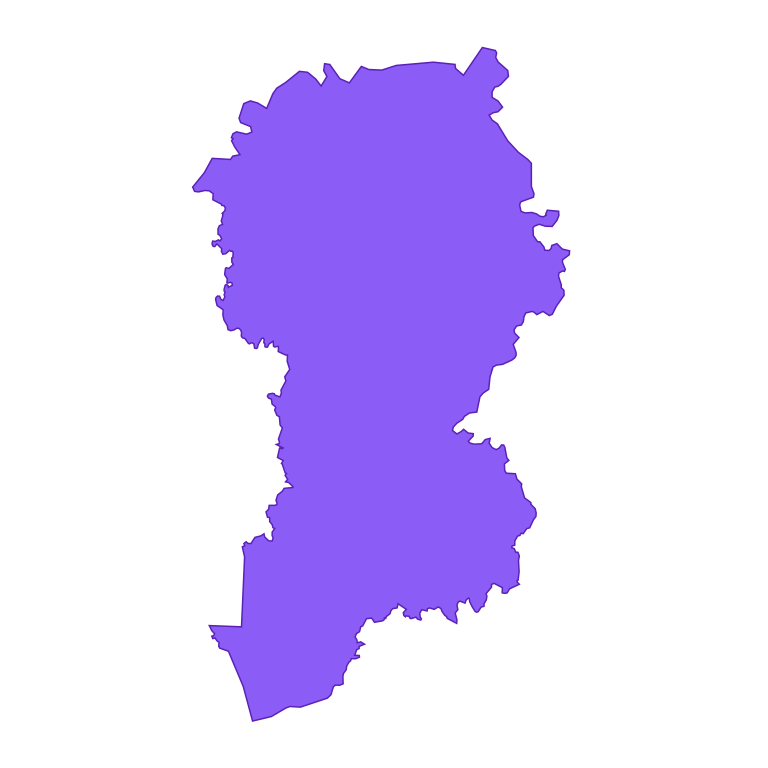 San Baltazar Loxicha, Oaxaca, Mexico, rotated 179°
{"feature_id": "50627088B31289978402863", "entity_name": "San Baltazar Loxicha", "entity_type": "district", "adm_level": 2, "iso_a3": "MEX", "parent_name": "Mexico", "parent_adm1": "Oaxaca", "projection": "mercator", "projection_center": [-96.791, 16.043], "detail": "fine", "context": "isolated", "style": "filled", "palette": "violet", "viewbox_px": 768, "rotation_deg": 179, "n_neighbors": 0, "source": "geoboundaries", "source_scale": "gbopen_adm2", "svg_char_len": 6155}
<svg xmlns="http://www.w3.org/2000/svg" viewBox="0 0 768 768"><g transform="rotate(179 384 384)"><path d="M521.3,49.3L502.4,53.5L487.9,61.7L483.7,63.2L473.2,62.4L446.1,70.9L442.4,74.3L439.9,82.2L437.8,83.8L433.5,83.6L430.1,84.9L430.2,92.5L429.5,95.4L426.8,98.9L426.2,102.7L423.8,106.6L422.2,107.8L421.6,109.9L417.2,109.8L413.3,111.3L413.5,113.0L418.0,113.3L415.9,118.9L413.5,119.9L413.4,122.1L408.0,124.2L411.8,126.6L415.3,125.7L415.5,128.5L417.3,131.6L415.9,134.9L412.8,136.8L411.5,141.7L409.5,142.5L405.6,149.7L400.4,150.1L397.7,145.9L389.7,147.2L388.1,148.2L387.6,150.1L386.4,149.5L385.8,151.4L382.0,154.2L381.0,157.3L379.3,159.2L374.8,159.9L373.8,164.0L365.6,158.3L368.7,155.0L368.2,152.2L366.7,150.9L366.3,151.7L362.9,151.3L362.3,149.6L361.1,148.9L356.1,150.3L354.4,148.2L351.3,147.4L350.7,148.6L351.9,150.4L352.2,154.2L350.2,157.7L344.9,156.3L344.4,158.6L342.3,159.3L337.7,157.8L333.6,160.2L330.8,158.3L330.3,156.2L327.3,151.6L325.5,150.4L324.8,148.5L315.5,143.4L315.2,147.0L316.8,153.8L314.1,157.1L314.9,161.5L313.8,164.5L311.8,165.6L306.8,163.5L305.6,166.6L303.4,168.5L302.5,168.1L302.1,164.8L299.6,159.5L296.8,154.9L295.4,154.2L293.7,154.8L290.8,159.2L287.9,160.0L287.8,162.5L285.5,166.3L284.8,170.0L285.6,172.6L280.1,178.9L280.0,181.8L277.3,182.7L269.2,178.3L269.5,173.1L267.1,172.6L264.6,172.9L262.0,177.0L252.2,181.4L254.2,183.6L254.4,185.2L253.3,185.6L252.2,194.0L252.6,205.1L251.7,209.6L253.0,213.4L255.3,213.6L256.6,217.1L259.2,218.2L258.7,219.9L256.1,220.5L255.9,224.9L253.0,229.7L250.8,230.2L249.5,232.5L247.5,231.9L243.7,237.0L240.9,237.6L236.9,245.7L234.4,248.9L234.1,252.3L235.0,256.7L239.3,261.2L239.1,262.5L240.2,263.7L245.4,267.6L248.5,278.9L248.1,281.8L252.8,286.6L254.2,292.0L263.3,292.7L264.8,295.5L265.0,302.0L260.5,305.4L262.5,308.1L264.3,318.5L265.4,320.9L267.6,321.0L269.8,318.1L273.0,316.4L277.0,318.5L279.9,323.1L278.8,327.8L283.7,326.7L287.4,322.5L295.0,322.3L299.0,323.4L300.7,325.4L295.8,330.3L295.6,332.8L300.7,333.5L305.2,337.3L307.8,335.0L312.0,332.8L316.3,336.3L315.5,339.6L311.9,343.5L305.9,347.3L304.2,350.2L299.1,353.5L291.7,354.3L288.3,369.5L284.8,373.4L279.4,376.8L277.9,389.2L274.7,399.1L271.3,400.9L265.1,401.6L255.7,405.7L252.8,407.9L251.4,410.3L251.4,413.3L254.1,421.4L248.2,428.1L252.5,432.6L253.0,435.8L250.4,439.7L245.6,440.6L243.6,443.9L242.9,448.7L241.1,452.5L235.0,453.9L233.0,453.4L230.0,450.7L223.8,453.8L217.5,449.5L214.5,450.8L210.2,458.9L202.4,469.5L202.5,474.6L205.1,477.2L205.0,480.1L207.6,488.6L207.2,491.9L203.5,493.9L201.6,493.4L200.7,495.5L203.3,502.1L203.4,505.0L196.5,510.0L196.1,513.9L203.4,515.8L208.7,521.3L213.8,519.6L214.6,516.5L216.7,514.6L220.9,515.0L221.7,518.2L225.7,523.5L227.9,523.5L232.1,529.8L232.3,537.8L230.6,539.3L226.0,541.0L219.8,538.9L213.1,538.6L208.1,544.8L206.2,549.5L206.4,553.7L217.7,554.9L219.4,551.0L218.9,549.9L221.9,548.4L225.4,549.1L228.3,551.3L233.1,552.9L239.8,552.6L244.0,554.2L245.2,560.2L244.7,562.7L243.5,564.0L231.3,568.2L230.7,571.5L233.2,578.9L232.8,602.1L236.3,606.0L245.6,613.3L256.0,624.9L266.1,642.2L271.3,646.0L274.2,651.0L269.8,653.4L265.3,654.2L260.6,658.7L265.0,664.9L270.9,668.7L270.8,674.3L268.1,678.9L264.7,679.7L261.8,681.7L254.2,689.4L254.8,695.3L264.2,703.9L266.6,708.5L265.6,713.0L266.8,715.5L279.8,718.7L299.2,691.3L306.9,698.2L307.4,702.3L329.0,704.9L366.2,702.3L380.8,697.9L393.7,698.7L401.1,701.9L413.4,685.7L422.8,690.0L432.6,704.4L437.8,705.3L438.8,698.4L435.7,692.4L441.7,683.0L446.9,690.1L455.0,697.0L463.1,698.1L477.2,687.1L486.1,681.6L490.0,676.3L496.5,661.6L505.5,667.2L512.7,669.4L519.3,666.8L524.3,652.3L522.8,647.9L512.9,643.7L511.7,638.2L517.0,636.2L527.1,638.7L530.6,636.9L532.3,632.9L530.6,631.8L532.2,630.0L529.0,623.4L524.0,615.8L531.2,614.5L533.6,611.2L551.8,612.6L560.0,598.3L571.9,584.2L570.0,579.9L566.2,579.3L559.7,580.6L555.4,580.2L551.5,577.3L551.9,571.2L543.7,566.8L543.0,565.4L540.9,565.0L539.5,562.8L540.2,559.9L542.8,557.4L542.1,557.0L542.5,554.2L543.9,549.9L542.6,546.4L545.8,545.2L547.3,542.0L547.3,536.6L545.5,535.5L543.8,531.9L545.6,529.9L547.0,531.0L550.2,529.5L552.8,529.9L553.5,527.3L552.8,525.1L551.8,524.4L550.7,524.4L548.8,526.9L547.8,526.1L543.9,522.1L544.3,519.6L542.9,516.6L539.9,517.1L536.0,520.3L534.6,519.3L533.5,519.5L532.5,518.1L532.9,513.4L534.0,512.7L534.0,508.4L532.6,506.2L537.0,502.3L539.8,503.0L540.5,502.3L541.3,497.3L541.3,495.9L538.9,491.9L539.3,488.3L538.5,487.5L536.4,488.3L534.3,487.8L533.9,485.4L538.0,483.4L538.1,485.0L539.9,486.4L541.1,485.5L542.2,481.5L542.2,479.7L541.2,478.6L542.3,476.1L541.6,473.9L543.4,470.4L545.5,471.4L546.9,474.7L549.0,474.8L550.5,473.3L550.9,471.5L549.5,465.3L543.5,461.0L543.9,455.9L542.9,450.9L539.7,445.1L539.0,441.1L536.5,440.0L533.0,440.7L530.1,442.4L527.9,442.1L526.2,440.2L525.5,437.7L525.9,434.5L524.8,432.7L522.3,431.9L518.8,426.9L517.7,426.5L515.5,427.7L513.4,426.4L512.8,422.1L511.0,421.7L509.9,422.4L509.1,425.7L505.5,431.7L504.1,432.0L503.0,430.6L503.5,427.4L502.4,426.3L502.4,423.4L500.9,422.7L499.8,423.0L498.4,425.9L494.1,428.7L493.8,423.7L492.7,422.9L489.2,423.5L488.8,422.9L489.2,418.3L481.7,414.6L480.0,414.7L480.4,408.4L478.0,400.2L483.1,393.0L482.1,388.7L487.1,379.7L486.8,376.5L488.3,372.9L493.2,374.8L493.9,376.2L495.7,376.6L499.7,375.9L500.8,373.8L499.7,371.9L496.9,370.8L496.2,365.8L493.0,363.2L492.7,362.1L493.8,360.0L491.7,354.6L489.2,353.1L488.6,344.8L486.4,341.9L490.5,330.8L489.5,327.5L489.9,326.2L492.7,325.4L486.0,321.8L487.0,321.1L489.5,321.8L491.8,312.4L486.1,309.2L487.9,306.3L487.2,305.9L484.4,296.9L483.0,296.1L484.5,294.4L482.0,290.4L484.2,287.9L480.9,287.1L476.7,282.7L477.1,282.1L485.7,281.4L487.5,278.6L492.2,275.0L494.0,269.6L493.0,266.7L493.3,265.3L495.1,264.6L500.9,264.7L501.6,260.7L504.2,258.2L502.8,252.8L500.7,252.4L500.7,248.4L498.2,245.2L497.6,242.3L495.8,241.5L498.4,237.8L498.5,234.3L497.5,232.2L498.6,228.9L502.0,229.2L506.0,233.2L506.6,236.3L509.8,234.3L515.7,232.9L519.8,226.8L522.9,227.0L524.6,228.7L526.9,226.9L526.0,224.8L528.5,223.7L526.4,213.5L530.7,143.7L562.9,145.5L560.5,140.4L557.8,137.4L558.7,135.3L560.6,134.9L559.6,132.4L557.4,133.0L555.4,130.0L553.5,128.7L553.8,124.6L552.9,122.8L544.2,119.5L530.0,84.0L521.3,49.3Z" fill="#8b5cf6" stroke="#5b21b6" stroke-width="1.5"/></g></svg>